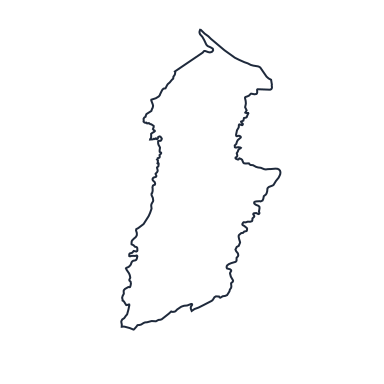 San Francisco, Atlántida, Honduras, rotated 24°
{"feature_id": "27666195B12880656557631", "entity_name": "San Francisco", "entity_type": "district", "adm_level": 2, "iso_a3": "HND", "parent_name": "Honduras", "parent_adm1": "Atlántida", "projection": "robinson", "projection_center": [-87.027, 15.648], "detail": "fine", "context": "isolated", "style": "outline", "palette": "slate", "viewbox_px": 384, "rotation_deg": 24, "n_neighbors": 0, "source": "geoboundaries", "source_scale": "gbopen_adm2", "svg_char_len": 6091}
<svg xmlns="http://www.w3.org/2000/svg" viewBox="0 0 384 384"><g transform="rotate(24 192 192)"><path d="M182.6,343.7L184.3,342.7L185.5,342.4L190.5,341.6L194.5,341.5L194.9,341.1L196.0,337.6L196.4,335.8L198.3,334.7L199.5,333.7L201.1,331.3L202.2,330.2L203.9,329.3L207.6,326.3L211.6,324.8L213.4,322.5L215.0,321.6L216.1,320.6L220.3,312.6L221.6,309.6L222.6,309.6L223.3,309.3L224.9,308.3L225.5,307.4L226.2,305.4L228.6,301.5L229.4,300.6L231.1,299.1L233.8,297.6L236.8,294.6L237.4,294.4L237.8,294.6L238.0,295.1L237.7,297.2L237.9,298.2L238.4,299.1L240.1,300.8L241.9,297.9L245.0,294.9L248.2,291.0L254.3,283.4L254.9,282.0L255.3,279.0L256.3,277.6L259.2,276.5L260.1,277.1L260.9,277.0L262.4,274.8L264.6,273.4L266.0,271.9L266.5,268.5L266.6,267.4L266.3,265.8L266.7,263.6L266.3,262.1L264.9,259.7L264.9,259.1L265.7,257.6L265.7,256.5L265.2,255.9L261.9,253.5L259.9,251.0L259.7,250.3L259.9,248.1L259.5,247.5L258.2,247.1L255.1,247.6L254.4,247.0L253.9,245.7L254.0,244.7L255.0,242.9L256.9,240.9L260.2,238.1L260.5,237.4L260.6,236.6L259.5,234.0L260.1,232.1L260.1,231.3L259.7,230.5L258.9,229.4L256.4,228.1L255.1,226.9L255.2,224.0L256.6,222.2L256.5,218.9L256.4,218.4L254.0,215.6L252.8,213.9L252.4,212.8L252.5,212.0L253.7,209.5L255.2,208.6L255.8,206.9L257.7,205.5L257.8,205.0L257.6,204.0L257.3,203.2L256.7,202.6L253.7,201.8L251.7,201.6L251.2,201.2L251.0,200.6L251.2,199.1L251.5,198.6L253.4,197.9L254.9,196.5L257.4,195.4L258.6,194.3L258.7,193.6L258.0,191.5L258.8,189.5L258.8,188.9L258.3,188.2L257.1,187.6L256.9,187.0L257.0,186.5L257.6,186.0L259.3,185.1L261.6,185.2L262.0,184.9L262.2,184.5L262.2,183.8L261.1,182.6L260.3,179.4L259.7,178.2L258.4,177.6L255.5,177.7L254.1,177.4L253.4,177.0L253.0,176.1L253.5,175.2L254.6,174.4L257.5,172.9L258.5,172.7L259.9,171.1L259.9,169.2L259.3,166.6L260.5,164.3L260.7,163.0L260.4,160.8L259.5,158.1L259.6,157.4L260.2,156.1L263.0,153.3L263.6,152.4L264.2,147.8L265.3,143.7L265.4,140.8L265.3,139.6L264.7,137.9L263.7,136.7L262.4,136.1L260.8,136.0L258.8,136.7L254.6,139.0L252.1,140.2L250.2,141.4L248.6,141.8L245.0,141.9L242.4,142.7L240.3,143.0L236.8,142.7L234.5,143.5L233.4,143.3L232.3,142.7L229.3,144.2L227.9,144.6L227.3,144.5L226.2,143.7L224.7,142.2L223.3,141.9L221.6,142.0L221.2,143.4L220.7,143.7L218.8,143.8L218.2,143.6L217.9,143.3L217.8,142.8L218.6,141.7L218.7,140.8L218.4,140.0L217.1,138.4L217.4,136.2L217.2,134.9L217.7,133.4L218.6,132.3L218.7,131.8L218.1,131.7L216.1,132.2L214.0,133.6L213.0,133.7L212.1,132.1L212.9,130.1L212.6,127.8L212.7,126.0L214.3,122.6L214.3,122.0L213.8,121.6L212.6,121.4L211.7,121.7L210.3,122.8L209.5,122.7L209.0,121.9L208.0,117.4L208.4,114.1L208.2,113.4L207.6,111.8L207.6,111.2L207.9,110.9L210.4,110.6L210.8,110.4L210.9,110.0L210.9,109.4L210.7,109.1L208.7,108.3L208.2,107.7L209.9,105.9L209.4,103.3L211.1,102.0L211.5,101.4L211.4,98.9L211.5,97.3L211.2,97.0L209.3,97.8L208.4,97.8L208.7,95.2L206.0,92.9L205.5,90.3L205.2,89.2L204.0,87.0L202.4,84.9L202.0,84.0L202.3,83.4L203.9,81.9L204.9,80.7L205.7,78.5L206.0,78.1L209.4,77.3L211.0,76.2L211.2,75.5L211.0,74.3L209.9,72.2L209.9,71.8L210.2,71.4L221.7,66.8L222.6,65.8L222.7,64.7L222.4,63.6L221.7,62.7L221.3,61.4L218.6,57.3L215.8,57.1L213.2,56.3L203.7,50.5L202.0,50.3L201.2,50.4L196.6,51.6L194.0,52.0L190.6,51.8L187.1,52.1L181.3,52.1L176.6,51.9L164.0,49.3L147.0,44.4L143.6,43.1L139.2,42.2L134.1,40.3L133.4,40.5L133.6,42.3L134.1,43.5L135.3,44.7L138.3,46.0L141.4,48.3L145.1,51.5L145.9,51.9L147.0,52.3L150.3,52.3L152.7,52.6L153.6,53.8L153.6,54.7L153.1,56.0L151.6,57.2L149.9,57.6L146.9,57.8L146.0,58.1L145.6,58.5L145.1,60.3L127.3,88.9L128.0,89.4L128.5,91.3L128.5,92.5L128.1,94.1L128.7,96.1L128.0,97.7L127.1,101.0L126.0,103.3L125.8,104.6L125.6,108.1L124.0,109.1L123.4,110.4L123.2,112.4L123.1,115.8L123.2,116.6L122.8,118.2L120.8,121.1L117.3,124.2L117.5,124.9L120.4,127.8L121.4,129.1L121.8,131.0L121.7,132.7L121.9,134.5L118.7,139.3L118.7,141.1L119.0,142.0L118.1,143.5L118.0,144.9L118.7,146.1L119.1,147.4L120.2,147.8L121.2,147.8L122.0,147.2L123.0,147.6L123.7,147.1L124.0,147.2L124.6,146.6L126.3,147.0L127.2,146.7L130.1,147.2L130.6,148.2L130.7,150.4L132.1,151.1L132.9,151.1L133.3,151.4L133.0,152.3L131.6,154.3L131.0,155.5L132.4,158.5L132.6,159.9L132.3,160.5L132.4,161.1L134.9,159.8L135.6,158.8L136.5,158.8L137.2,157.6L137.6,157.6L138.1,158.0L138.6,158.0L139.0,156.6L138.8,155.4L139.8,154.4L140.7,154.3L142.6,155.4L142.8,155.8L142.8,157.5L142.2,158.2L140.7,158.8L140.5,159.3L140.5,159.7L141.4,161.5L142.2,162.5L144.1,163.9L144.8,164.6L145.4,166.9L146.1,168.4L146.6,168.6L147.7,168.6L148.0,168.9L148.0,169.7L147.3,171.5L148.1,172.7L148.3,173.6L148.0,174.2L146.9,175.1L147.1,176.4L147.0,176.6L148.0,176.9L148.2,177.8L148.9,178.7L148.7,179.8L149.1,180.0L150.0,179.7L150.4,180.6L150.8,182.3L150.1,183.6L150.1,184.0L151.8,186.1L152.1,187.0L152.0,188.2L151.3,190.1L151.7,190.7L152.7,191.5L153.0,192.2L152.9,192.8L151.0,194.5L150.7,195.3L150.7,196.3L151.5,197.3L154.0,198.2L155.0,199.5L155.1,200.4L154.0,201.5L153.7,202.1L154.0,203.9L154.7,205.0L155.6,207.0L156.0,209.2L155.7,209.7L155.8,210.3L156.4,211.4L158.6,213.3L160.0,215.5L160.2,216.3L159.9,219.1L160.0,220.2L160.3,221.1L161.8,223.6L161.9,224.5L162.2,228.1L162.2,231.7L160.8,241.0L157.6,246.8L156.2,248.6L156.5,249.9L158.2,251.8L158.9,253.2L159.2,254.2L158.9,256.2L157.9,258.2L157.0,260.6L157.0,261.7L157.6,263.5L158.1,264.4L160.2,264.4L162.1,265.2L163.6,264.9L164.2,265.0L164.8,265.5L165.9,267.7L165.9,268.3L165.4,269.0L162.7,269.6L162.1,271.8L160.1,273.5L160.0,274.4L160.7,276.0L161.5,276.0L162.8,274.9L166.1,273.5L167.3,272.5L167.8,272.6L168.2,273.0L168.7,275.3L168.6,276.7L168.0,277.5L166.3,278.7L165.7,279.6L165.4,280.8L165.6,283.1L165.4,284.2L164.6,286.2L162.9,288.0L162.7,288.6L163.8,289.6L167.5,291.9L168.7,293.0L169.6,294.1L170.5,295.5L170.4,297.5L170.6,298.0L170.9,298.4L172.4,298.9L173.5,300.6L174.0,302.8L174.0,304.1L173.8,304.3L172.5,304.7L170.2,307.8L169.7,309.4L169.8,310.2L171.1,312.7L170.9,315.1L171.2,317.1L172.5,318.7L172.7,319.4L174.2,319.6L177.8,322.0L178.4,321.9L180.2,320.3L180.4,320.3L180.8,320.9L181.7,325.0L182.5,330.2L181.9,332.1L181.4,334.8L180.1,336.8L180.0,338.4L180.2,339.4L181.8,341.7L182.6,343.7Z" fill="none" stroke="#1e293b" stroke-width="2"/></g></svg>